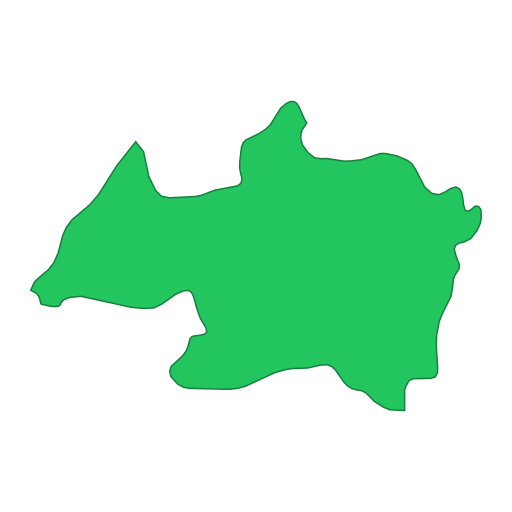 outline of Bordj Bou Arréridj
{"feature_id": "DZA-2207", "entity_name": "Bordj Bou Arréridj", "entity_type": "Province", "adm_level": 1, "iso_a3": "DZA", "parent_name": "Algeria", "parent_adm1": "", "projection": "natural_earth1", "projection_center": [4.728, 36.101], "detail": "fine", "context": "isolated", "style": "filled", "palette": "green", "viewbox_px": 512, "rotation_deg": 0, "n_neighbors": 0, "source": "natural_earth", "source_scale": "10m", "svg_char_len": 2135}
<svg xmlns="http://www.w3.org/2000/svg" viewBox="0 0 512 512"><path d="M306.8,123.0L302.3,129.6L301.1,133.2L300.7,138.8L302.5,144.9L308.0,152.6L314.6,157.8L321.2,158.7L326.9,158.5L343.9,161.1L350.1,161.0L361.7,159.7L379.8,153.6L383.1,153.4L385.9,153.6L396.7,155.8L407.5,160.4L411.9,163.8L415.7,169.7L424.7,187.0L431.7,193.3L438.8,194.7L445.1,192.0L450.6,188.5L455.8,187.0L459.7,189.0L461.6,192.6L462.9,198.8L463.6,205.2L465.2,210.3L468.2,211.3L471.2,209.5L475.2,206.1L478.6,206.4L481.0,210.0L481.3,218.0L480.2,223.5L477.1,230.5L470.8,238.6L464.4,241.8L458.7,243.2L455.6,245.4L454.3,249.1L455.8,255.3L459.4,264.9L459.1,268.7L455.0,275.1L453.4,279.3L452.4,288.4L451.0,296.4L442.6,313.1L439.3,321.3L436.6,335.1L436.2,346.1L437.6,366.0L437.5,372.7L435.4,376.8L430.7,378.4L413.4,378.7L409.2,380.4L406.2,385.6L404.7,389.7L404.6,410.5L390.0,409.8L383.4,407.2L374.5,401.5L366.1,393.1L362.4,390.9L356.5,389.9L352.0,388.6L347.3,385.7L344.1,382.4L335.4,369.9L331.7,366.5L327.6,364.8L321.2,365.0L307.4,368.0L292.1,368.6L286.6,369.4L275.2,372.5L245.5,386.2L237.4,388.4L229.3,389.3L190.1,388.4L183.7,387.3L177.9,384.3L170.8,376.4L169.7,371.2L171.2,366.4L182.8,355.6L186.1,351.0L188.1,346.2L190.0,338.8L191.2,337.2L193.2,336.1L200.9,335.1L205.1,333.9L206.6,331.8L206.3,328.9L204.7,325.6L201.0,319.5L199.1,315.3L196.2,306.5L194.1,298.3L192.9,295.0L191.1,291.9L188.6,290.6L184.1,290.7L176.3,293.9L161.9,304.0L154.0,307.9L144.3,308.5L131.3,307.3L81.0,296.3L69.2,297.5L63.9,299.8L61.2,302.3L60.6,304.2L60.2,304.8L58.7,306.1L55.9,306.6L50.7,306.3L41.3,304.2L40.8,303.6L39.8,299.3L38.5,296.1L36.7,293.5L30.7,290.3L34.3,282.2L36.8,279.6L48.6,269.5L54.0,262.4L58.2,252.9L62.7,235.6L66.3,227.5L71.8,220.0L89.7,204.8L98.3,194.9L116.5,166.1L135.7,141.7L143.6,151.8L148.8,176.4L155.6,190.4L161.4,196.3L169.5,197.8L195.3,196.5L201.2,195.4L214.8,190.2L237.2,185.9L241.0,183.3L242.0,178.5L240.6,173.2L239.6,167.8L239.8,161.2L241.5,147.1L243.2,142.7L246.3,139.7L259.5,133.3L265.6,129.2L270.2,124.9L280.7,108.2L286.4,103.4L290.3,101.6L293.8,101.5L296.5,103.1L298.7,106.2L304.5,119.2L305.2,120.5L306.8,123.0Z" fill="#22c55e" stroke="#15803d" stroke-width="1.5"/></svg>